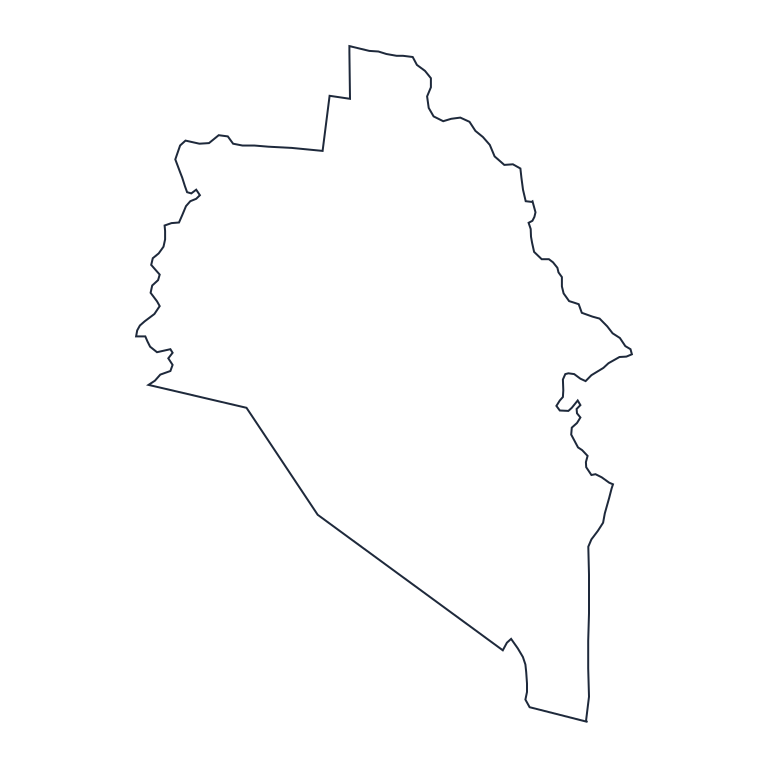 Bera, Pahang, Malaysia (Robinson projection)
{"feature_id": "92858781B37033160198468", "entity_name": "Bera", "entity_type": "district", "adm_level": 2, "iso_a3": "MYS", "parent_name": "Malaysia", "parent_adm1": "Pahang", "projection": "robinson", "projection_center": [102.581, 3.142], "detail": "fine", "context": "isolated", "style": "outline", "palette": "slate", "viewbox_px": 768, "rotation_deg": 0, "n_neighbors": 0, "source": "geoboundaries", "source_scale": "gbopen_adm2", "svg_char_len": 2332}
<svg xmlns="http://www.w3.org/2000/svg" viewBox="0 0 768 768"><path d="M175.3,159.4L180.1,172.2L182.2,177.6L184.9,186.1L187.1,192.2L191.3,193.4L196.2,189.7L199.9,195.2L196.2,198.8L190.3,201.2L186.0,206.1L182.2,215.2L179.0,222.5L171.5,223.1L164.6,225.5L165.1,230.9L165.1,239.4L163.5,246.7L158.7,253.4L152.8,258.2L151.2,264.9L156.0,270.4L159.7,274.6L158.1,280.1L152.2,285.5L150.6,292.8L157.0,301.3L159.7,306.1L154.4,314.0L144.7,321.3L139.9,325.5L137.2,330.4L136.1,336.4L145.3,336.4L147.4,341.3L150.1,346.7L157.0,352.2L170.4,349.2L172.6,352.8L168.3,358.3L172.6,364.9L170.4,371.0L160.3,374.6L154.9,380.7L148.5,384.9L155.4,386.5L246.5,407.8L317.7,514.8L502.8,650.3L506.9,642.7L511.1,638.9L517.8,648.4L522.9,657.0L525.4,664.5L526.2,672.1L527.0,683.5L527.0,692.0L525.4,699.6L529.6,707.2L532.0,707.8L587.5,721.9L586.0,721.1L589.0,696.7L588.2,668.3L588.2,640.8L589.0,613.4L589.0,574.5L588.3,546.7L591.4,539.4L597.9,530.8L603.1,522.7L604.8,513.4L609.2,497.8L611.6,488.5L613.0,484.3L609.2,482.7L601.7,477.3L595.5,474.2L591.4,475.0L586.2,467.2L585.9,462.1L587.6,455.9L582.1,450.1L578.0,447.4L571.2,434.6L571.8,427.6L577.0,423.0L580.4,417.5L577.0,413.3L576.6,409.0L580.4,405.1L577.7,400.5L571.8,407.8L568.4,410.9L559.8,410.5L556.4,405.9L559.8,400.5L562.9,397.0L563.3,390.4L562.9,379.5L565.3,374.1L568.4,373.3L574.2,374.1L580.4,378.7L585.6,381.1L591.4,375.2L603.4,367.9L608.5,363.2L613.3,360.5L619.5,357.0L626.4,356.6L631.9,354.3L630.5,349.2L625.3,346.1L619.9,338.0L612.6,333.3L607.2,326.3L599.6,318.6L592.4,316.6L581.8,312.8L578.7,304.2L574.2,302.7L569.1,301.1L563.6,293.4L561.9,286.4L561.9,277.1L558.5,272.4L557.4,267.8L553.0,262.3L548.9,259.2L541.7,259.2L534.1,251.9L532.1,242.9L531.0,236.7L530.7,229.0L528.6,222.8L532.4,220.8L534.4,216.9L535.5,212.3L532.5,201.3L531.6,201.9L525.7,201.2L523.0,189.7L521.4,177.6L520.4,168.5L512.9,164.3L504.3,164.9L494.6,156.4L489.8,144.9L482.9,137.0L475.4,130.9L469.5,121.8L460.3,117.6L451.2,118.8L443.2,121.2L433.6,116.4L428.7,107.9L427.1,96.4L430.9,87.3L430.9,78.2L425.0,70.9L416.9,64.9L412.7,57.0L403.0,55.8L396.6,55.8L386.4,54.0L378.4,51.5L369.3,50.9L349.4,46.1L349.4,52.1L350.0,98.8L329.6,95.8L322.6,150.9L291.6,147.9L268.5,146.7L254.0,145.5L242.3,145.5L233.1,143.7L227.8,136.4L218.7,135.2L209.0,143.1L199.4,143.7L185.5,140.6L180.1,145.5L175.3,159.4Z" fill="none" stroke="#1e293b" stroke-width="2"/></svg>